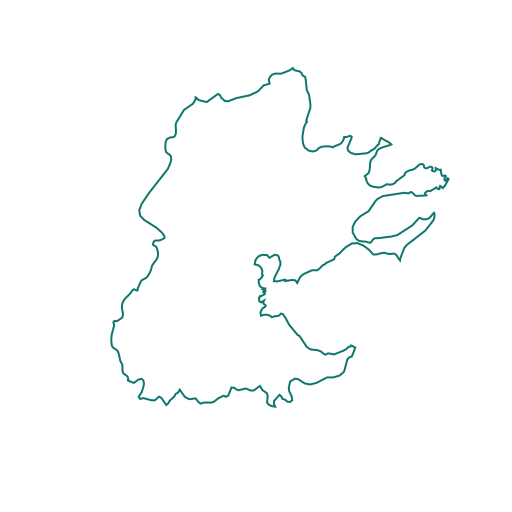 the border of Kentriki Makedonia, rotated 300°
{"feature_id": "GRC-2991", "entity_name": "Kentriki Makedonia", "entity_type": "Region", "adm_level": 1, "iso_a3": "GRC", "parent_name": "Greece", "parent_adm1": "", "projection": "robinson", "projection_center": [23.042, 40.656], "detail": "fine", "context": "isolated", "style": "outline", "palette": "teal", "viewbox_px": 512, "rotation_deg": 300, "n_neighbors": 0, "source": "natural_earth", "source_scale": "10m", "svg_char_len": 6123}
<svg xmlns="http://www.w3.org/2000/svg" viewBox="0 0 512 512"><g transform="rotate(300 256 256)"><path d="M244.0,130.9L257.6,131.9L287.2,136.1L293.4,135.4L296.8,134.5L298.4,133.6L299.8,132.4L300.5,130.6L300.8,127.3L301.3,125.9L303.4,124.0L306.8,122.0L310.2,120.6L312.9,120.5L315.7,122.3L317.1,124.4L318.6,125.7L321.8,125.4L324.5,124.1L329.0,121.0L331.8,120.2L346.5,120.6L356.4,125.3L361.4,125.4L363.2,124.3L363.3,124.7L362.4,128.4L364.6,136.3L377.3,142.0L377.3,144.5L375.7,146.7L374.7,151.6L375.8,154.3L382.9,160.0L391.9,170.1L399.6,175.4L407.5,177.3L412.1,181.6L414.9,179.0L417.7,178.5L420.4,179.0L423.3,181.0L426.5,186.6L433.6,192.3L437.1,193.9L436.1,196.3L437.7,201.6L437.2,204.0L435.6,206.2L435.7,208.8L433.6,210.9L425.1,217.0L422.0,221.5L414.1,227.6L411.1,229.1L398.3,231.8L397.9,232.9L397.8,233.1L396.0,232.7L391.1,233.3L382.8,236.4L379.5,238.5L376.4,241.1L374.3,244.0L373.6,248.8L374.8,252.8L377.5,255.5L380.9,256.5L383.1,257.9L385.7,261.2L387.8,265.1L388.7,268.4L389.7,268.7L394.9,272.8L396.8,273.5L399.2,273.7L401.5,273.5L403.2,272.8L404.1,274.8L407.1,277.4L407.2,279.1L405.9,279.8L395.6,281.0L393.3,283.2L392.7,286.7L393.9,291.5L400.2,300.3L401.6,301.6L406.4,303.8L407.3,304.7L413.0,305.9L414.5,306.5L416.3,305.8L420.3,305.2L420.6,305.0L420.8,305.5L420.7,310.1L420.9,313.2L420.7,315.7L420.3,317.4L419.1,316.6L413.6,311.4L410.5,309.1L408.4,308.3L402.7,309.1L397.2,307.7L395.0,307.8L387.3,311.4L383.9,312.0L379.5,310.2L379.1,311.2L378.1,312.8L377.5,312.7L374.9,316.2L374.0,319.3L374.4,322.3L376.7,328.1L377.5,329.1L378.6,330.3L383.7,333.5L384.7,336.4L386.9,338.8L389.0,340.0L390.0,339.7L400.3,344.2L402.1,343.6L404.6,344.5L407.1,346.3L409.0,348.4L411.2,349.9L417.2,351.9L418.9,354.1L418.7,355.7L416.8,357.4L416.8,359.2L417.7,360.3L420.4,362.1L421.0,363.5L420.5,365.0L419.4,365.3L418.4,365.3L417.9,366.0L418.3,368.1L419.2,368.9L420.6,368.7L422.0,367.8L422.0,369.7L422.1,370.9L422.4,371.9L423.1,372.8L419.1,376.0L418.5,377.6L420.1,379.1L420.1,380.4L417.2,380.5L415.8,381.6L416.2,382.8L419.0,382.9L419.0,384.3L411.3,384.5L408.2,383.8L408.7,381.7L408.7,380.4L407.6,380.4L406.4,381.3L405.3,381.1L404.9,379.8L405.6,377.9L400.3,375.0L399.3,374.7L398.6,372.7L396.9,371.4L394.9,370.9L393.8,371.8L393.7,372.6L394.2,374.1L388.6,365.5L387.9,363.5L388.9,360.5L389.1,358.6L388.5,357.8L386.9,357.2L386.0,355.8L385.4,354.1L384.8,352.7L371.4,336.0L366.3,332.8L363.4,332.0L351.1,331.1L342.6,326.5L335.8,324.8L329.7,325.1L324.7,328.0L321.0,334.1L320.6,337.7L321.8,340.8L323.3,343.8L324.1,347.2L324.6,348.3L325.7,348.8L328.8,349.1L330.1,349.5L331.0,350.4L332.4,352.7L340.5,363.5L344.9,368.0L360.5,376.0L370.7,378.3L371.1,379.4L371.1,381.1L371.6,382.9L373.0,385.1L374.8,386.7L377.2,387.6L380.3,388.0L382.4,388.6L381.3,389.9L378.5,391.2L375.7,391.8L362.6,389.9L340.7,381.0L337.1,380.4L325.9,382.2L324.2,382.9L325.0,380.9L326.9,377.4L327.3,375.3L326.8,373.8L324.6,370.9L324.1,369.8L322.9,365.3L320.3,362.2L317.5,359.5L315.9,356.7L317.9,350.8L318.7,343.8L317.8,337.3L314.8,332.8L308.8,329.5L305.5,328.4L299.9,327.1L297.3,325.7L294.9,324.7L292.3,325.3L284.5,319.9L283.0,319.7L281.4,318.4L277.9,317.6L274.3,316.3L271.6,311.6L264.5,306.5L261.7,305.2L259.1,304.8L253.2,305.2L254.6,302.4L253.4,299.4L249.0,294.0L249.4,293.9L249.8,293.9L250.1,293.7L250.0,292.9L244.6,287.1L243.2,284.1L246.5,282.8L256.1,282.3L261.2,281.3L263.4,279.7L264.4,278.1L266.2,276.7L267.4,274.9L266.5,271.6L262.8,269.4L261.9,269.1L261.2,268.5L261.5,267.3L262.4,265.2L260.0,260.6L256.5,258.1L252.4,257.6L248.1,259.0L249.1,262.5L248.8,265.2L247.6,267.4L246.0,269.1L243.6,270.2L242.2,271.2L242.4,271.6L239.3,271.5L238.0,271.2L236.7,270.2L233.8,272.1L231.9,274.4L231.4,277.1L232.5,280.3L231.6,280.3L230.5,279.1L230.5,281.7L229.5,281.7L229.5,280.3L228.4,280.3L227.8,282.5L226.6,282.3L225.0,281.2L223.3,280.3L223.3,279.5L221.0,279.6L218.6,281.4L218.4,283.6L221.3,285.2L219.9,285.3L218.9,285.8L218.4,286.7L218.2,288.5L217.6,289.4L216.2,289.1L214.0,287.8L210.4,287.9L208.5,288.6L206.8,290.3L209.0,292.1L210.5,294.7L211.3,297.6L210.9,300.3L212.7,301.8L214.2,303.9L215.9,305.7L218.7,306.5L219.1,308.4L217.1,312.6L213.0,319.1L208.4,331.6L208.5,333.7L202.7,345.3L202.3,349.5L203.4,352.5L205.0,355.6L205.8,359.7L205.1,363.9L205.5,365.9L207.3,366.7L208.0,367.6L209.8,372.8L217.7,379.1L219.1,379.8L219.9,380.5L223.5,381.6L224.3,382.3L224.6,383.0L226.0,382.9L226.3,383.6L226.2,387.0L226.3,387.7L224.7,388.1L216.9,389.2L214.5,387.3L211.9,386.9L199.9,390.1L194.3,388.2L189.7,383.9L186.4,378.3L176.2,371.7L171.7,367.0L170.0,361.7L170.4,353.8L169.3,351.1L164.4,348.3L158.0,350.4L155.4,352.5L152.4,357.0L149.2,359.5L146.7,358.6L145.5,356.0L146.1,353.1L145.5,350.5L147.0,348.2L147.5,345.8L139.6,344.1L136.6,345.6L135.1,347.9L134.0,345.2L133.6,341.6L134.6,338.8L140.6,336.2L142.6,334.0L143.1,328.6L145.5,324.4L138.5,321.4L136.8,318.6L136.2,313.5L131.2,308.2L130.6,305.6L131.0,303.2L129.9,300.5L121.5,301.8L119.0,300.4L118.9,297.9L114.1,294.6L108.5,292.3L106.3,290.0L103.0,284.0L100.6,282.1L100.6,279.6L102.5,274.9L98.6,269.8L98.4,264.8L102.1,256.8L98.8,256.8L96.4,255.4L93.6,255.5L87.4,253.6L84.7,253.7L82.1,252.8L85.8,244.9L85.7,242.3L80.5,240.6L78.9,237.8L76.6,229.5L74.3,227.2L75.3,224.8L80.7,225.1L86.4,223.9L89.3,222.9L91.9,220.7L92.4,218.3L90.1,215.9L85.0,213.7L84.1,207.3L85.3,207.1L87.2,205.3L87.8,203.2L87.8,201.2L88.1,199.7L89.6,198.0L95.2,194.4L97.3,190.9L102.6,186.2L104.7,183.4L105.0,182.0L105.2,178.3L105.8,176.6L107.0,175.4L110.8,172.7L115.3,170.5L124.9,167.9L125.6,167.4L127.2,165.8L127.8,165.5L128.9,165.8L129.3,166.7L129.6,167.6L129.9,168.1L134.9,170.6L136.0,171.0L139.1,170.0L144.5,165.4L148.0,164.0L151.3,163.7L154.2,164.0L159.9,165.7L164.4,166.2L165.8,166.6L166.2,167.3L166.4,169.7L166.7,170.4L167.6,170.5L168.9,169.7L171.7,169.6L175.5,169.0L177.4,169.1L178.7,169.7L181.9,171.7L183.6,172.2L188.0,172.4L190.4,172.2L192.5,171.7L195.4,170.9L197.7,170.9L202.6,171.5L205.9,171.4L208.7,170.3L211.3,168.3L213.9,165.3L214.2,163.8L214.1,162.2L214.6,160.8L216.9,160.3L218.6,160.7L219.5,161.7L220.1,163.1L221.3,164.6L223.9,166.8L225.9,167.7L227.5,166.6L229.2,162.9L230.7,155.9L231.3,141.4L232.9,135.6L237.3,132.0L244.0,130.9Z" fill="none" stroke="#0f766e" stroke-width="2"/></g></svg>